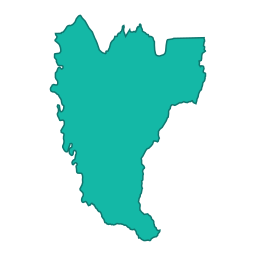 Paquisha, Zamora Chinchipe, Ecuador (Equal Earth projection)
{"feature_id": "8360857B20282725655414", "entity_name": "Paquisha", "entity_type": "district", "adm_level": 2, "iso_a3": "ECU", "parent_name": "Ecuador", "parent_adm1": "Zamora Chinchipe", "projection": "equal_earth", "projection_center": [-78.572, -3.961], "detail": "fine", "context": "isolated", "style": "filled", "palette": "teal", "viewbox_px": 256, "rotation_deg": 0, "n_neighbors": 0, "source": "geoboundaries", "source_scale": "gbopen_adm2", "svg_char_len": 5678}
<svg xmlns="http://www.w3.org/2000/svg" viewBox="0 0 256 256"><path d="M70.8,154.9L71.7,155.4L72.3,155.2L73.0,154.4L73.4,151.8L73.7,151.0L74.3,150.4L75.1,150.5L76.0,151.3L76.3,152.6L76.3,153.4L75.6,155.1L75.0,158.7L74.6,159.6L73.5,160.0L72.6,161.0L72.0,162.3L72.2,163.7L72.5,164.4L73.2,164.7L75.3,162.7L75.8,162.7L76.7,163.3L77.2,164.1L77.2,164.6L76.2,166.0L76.1,166.5L76.5,168.8L76.7,171.8L77.0,172.5L77.8,173.1L81.0,173.2L81.4,173.4L81.8,173.7L82.4,175.0L82.7,177.1L82.5,179.6L82.7,182.5L82.0,184.9L80.0,188.8L80.2,190.0L82.4,192.2L83.0,193.1L83.3,193.9L83.2,195.7L82.1,197.7L81.7,199.1L81.6,200.2L81.9,201.4L82.4,202.1L83.1,202.4L85.6,201.5L86.0,201.8L86.6,202.3L88.5,205.6L90.1,205.1L91.3,203.5L91.7,203.3L92.2,203.4L92.8,204.2L94.0,204.6L94.1,205.4L95.1,206.4L95.6,207.8L97.2,209.2L97.7,210.3L98.8,211.5L99.8,211.6L101.0,213.1L101.8,215.3L101.8,216.5L103.3,218.7L103.8,219.1L104.9,222.5L105.3,222.8L106.2,222.8L107.2,224.1L107.9,224.0L108.5,224.4L110.2,224.0L111.7,224.7L112.3,224.4L113.5,224.9L114.9,224.6L117.0,223.5L119.1,223.9L121.3,223.8L121.8,224.2L122.8,224.3L124.3,225.2L125.5,225.1L126.4,225.6L127.8,227.1L129.7,228.0L130.1,229.0L130.5,229.3L132.4,229.7L134.5,229.3L136.1,231.5L136.4,233.1L137.1,234.6L138.3,235.4L138.7,238.0L140.1,237.9L141.5,239.3L143.8,240.5L144.9,240.6L148.1,240.1L149.9,240.6L150.5,240.3L151.3,238.8L153.2,237.5L155.1,236.8L156.1,236.8L157.6,235.4L157.8,234.1L159.7,231.6L159.9,230.2L158.1,230.6L157.3,230.2L156.5,229.2L156.2,227.9L154.6,226.6L154.3,224.9L153.8,223.5L153.7,221.3L153.3,220.6L151.6,219.0L151.3,217.6L150.5,216.2L149.0,215.3L147.7,213.9L144.1,214.4L142.9,213.1L141.9,212.4L140.7,211.0L140.4,210.3L140.0,210.2L139.8,207.9L140.1,205.9L140.0,204.3L138.6,202.1L138.5,201.8L139.1,198.4L140.1,196.5L140.3,194.6L141.3,193.1L142.0,189.2L142.4,188.2L141.9,187.5L141.6,185.6L142.0,183.4L141.7,180.8L142.6,180.2L142.8,179.7L142.9,175.5L143.3,174.1L142.5,171.1L143.3,169.1L144.3,168.3L144.5,167.8L143.9,166.2L141.8,164.1L141.6,163.1L141.6,160.2L141.2,158.8L141.6,157.7L142.7,156.3L145.8,150.4L147.2,148.7L148.8,148.2L151.2,145.9L152.7,143.9L153.0,142.7L153.6,141.2L153.9,141.0L155.6,141.1L157.5,141.8L158.3,141.0L158.4,140.1L159.3,138.1L158.8,137.1L158.3,134.9L158.5,132.9L158.4,131.6L159.8,129.3L162.2,127.3L166.2,120.8L167.4,117.7L168.2,117.1L168.6,113.6L168.6,111.2L169.0,110.1L170.2,108.6L170.6,106.3L171.8,104.8L173.2,104.8L174.5,105.3L175.5,105.1L179.9,102.6L180.8,102.9L182.0,102.6L183.9,101.6L185.2,102.3L187.4,102.6L188.9,101.7L190.6,101.6L192.1,100.7L192.5,100.9L193.3,102.5L195.9,103.7L196.8,100.6L196.9,99.4L198.1,96.8L198.6,93.9L199.5,91.8L200.5,90.2L200.9,90.2L201.5,89.3L201.6,87.9L202.4,85.7L202.9,82.7L204.5,80.7L205.1,78.3L205.0,77.1L205.5,76.3L205.5,73.5L205.3,73.2L204.4,73.0L203.2,71.9L203.3,70.7L204.0,68.7L203.5,66.5L203.0,66.1L201.8,65.9L201.4,65.9L200.6,66.7L200.3,66.6L200.0,65.6L199.5,65.4L199.3,64.9L199.2,64.1L199.5,63.1L199.1,61.3L199.2,60.9L200.1,61.0L201.3,60.3L201.6,58.6L201.7,55.8L202.3,53.4L205.4,51.1L205.3,50.8L204.2,49.7L204.6,47.2L204.5,46.6L203.6,46.1L203.5,45.8L203.8,43.6L204.1,42.8L203.9,42.2L204.6,41.3L204.5,40.0L204.0,38.4L204.1,37.7L173.6,38.4L172.7,38.9L171.5,39.1L167.7,39.7L167.3,40.1L166.9,41.0L166.2,45.4L165.7,51.1L165.0,53.4L163.6,54.7L159.7,56.0L158.9,56.0L157.8,55.8L156.5,55.3L155.7,54.3L155.4,53.4L154.7,50.1L154.4,45.3L154.4,41.6L153.6,40.3L152.9,37.8L152.4,37.3L151.2,36.6L150.3,36.4L149.2,36.7L148.2,34.6L146.6,34.3L145.3,32.8L142.7,31.4L142.4,31.0L142.3,29.8L141.9,28.6L141.1,27.1L140.9,25.0L140.1,24.1L139.8,24.2L139.4,25.0L140.1,25.8L139.1,26.6L138.1,26.6L137.5,27.2L137.2,27.7L137.6,27.8L136.8,28.7L136.7,30.0L136.1,30.4L135.8,31.7L135.6,31.9L135.3,32.0L134.0,31.4L132.6,32.1L130.9,32.0L129.9,30.9L129.7,29.8L125.6,36.4L123.7,31.3L123.6,28.9L124.1,27.2L124.1,26.8L123.8,25.5L123.1,25.8L122.5,26.6L122.3,28.7L121.5,31.2L120.4,32.0L120.0,33.1L118.5,33.3L117.6,34.6L117.2,36.1L117.0,36.4L114.9,36.4L114.6,37.7L113.7,39.6L112.1,41.0L110.8,42.9L109.4,48.2L108.6,49.4L108.2,50.8L107.7,51.2L106.6,51.1L106.1,51.3L105.9,51.9L106.0,53.1L105.3,53.6L102.9,52.9L101.7,52.2L99.3,49.9L97.1,43.3L95.9,40.4L94.9,38.5L92.3,32.0L89.0,28.1L85.1,21.1L82.1,17.9L80.9,15.9L80.4,15.4L80.0,15.4L78.8,15.9L78.0,16.7L76.4,18.7L75.1,21.9L74.3,22.9L72.9,24.4L71.1,25.4L70.1,25.6L69.4,25.4L68.0,25.8L67.0,26.6L65.3,29.4L63.3,32.0L61.7,32.5L61.0,33.0L61.0,33.4L55.5,33.5L55.7,34.8L56.9,36.3L57.0,36.9L56.6,38.2L55.1,40.0L55.1,40.7L58.8,43.9L59.6,45.2L60.4,47.4L60.8,49.8L60.8,50.8L60.8,51.3L59.9,52.8L58.9,53.3L54.9,53.8L54.6,54.2L54.5,57.2L54.6,57.7L56.4,59.8L56.4,61.7L58.0,65.1L59.1,65.5L62.2,65.7L62.9,66.2L63.1,67.3L62.8,68.3L61.8,69.1L61.5,69.1L59.7,67.3L58.8,67.4L58.3,67.8L57.7,68.9L56.7,71.6L55.5,72.8L55.4,73.9L55.4,77.4L55.9,78.8L57.5,80.9L57.8,82.5L57.7,83.7L57.5,84.3L56.8,85.0L55.4,84.9L53.7,84.5L52.3,85.1L52.0,85.8L50.7,87.8L50.5,88.4L50.5,89.6L50.9,90.9L51.6,91.4L52.8,91.9L54.5,92.0L56.4,93.4L57.3,94.4L58.1,94.6L58.7,95.2L59.0,96.2L61.2,99.7L61.7,102.8L62.3,104.6L63.6,105.6L63.9,106.1L63.7,108.4L62.9,110.6L61.8,111.6L61.0,111.8L60.1,110.8L59.4,105.7L58.7,105.0L57.7,105.0L57.3,106.7L58.4,108.7L58.5,109.8L58.4,111.7L57.4,113.7L57.4,114.7L57.9,116.2L58.9,118.1L59.8,120.3L60.2,120.5L62.6,120.1L63.5,120.4L64.2,121.4L64.3,122.3L64.3,124.5L63.9,125.5L61.0,130.5L61.3,132.4L63.2,133.2L64.0,134.1L63.9,135.6L63.6,136.4L63.5,138.7L64.0,140.5L64.0,142.2L63.7,143.7L62.9,145.6L62.7,146.3L62.8,147.4L63.9,149.6L64.7,150.8L65.8,151.7L67.0,151.9L67.6,151.2L68.1,150.2L69.0,146.7L69.7,145.3L70.0,143.8L70.3,143.6L71.4,143.5L71.9,143.8L72.2,144.5L71.8,146.9L71.6,147.3L69.8,148.3L69.4,149.0L69.1,150.8L69.4,153.1L70.0,154.1L70.8,154.9Z" fill="#14b8a6" stroke="#0f766e" stroke-width="1.5"/></svg>